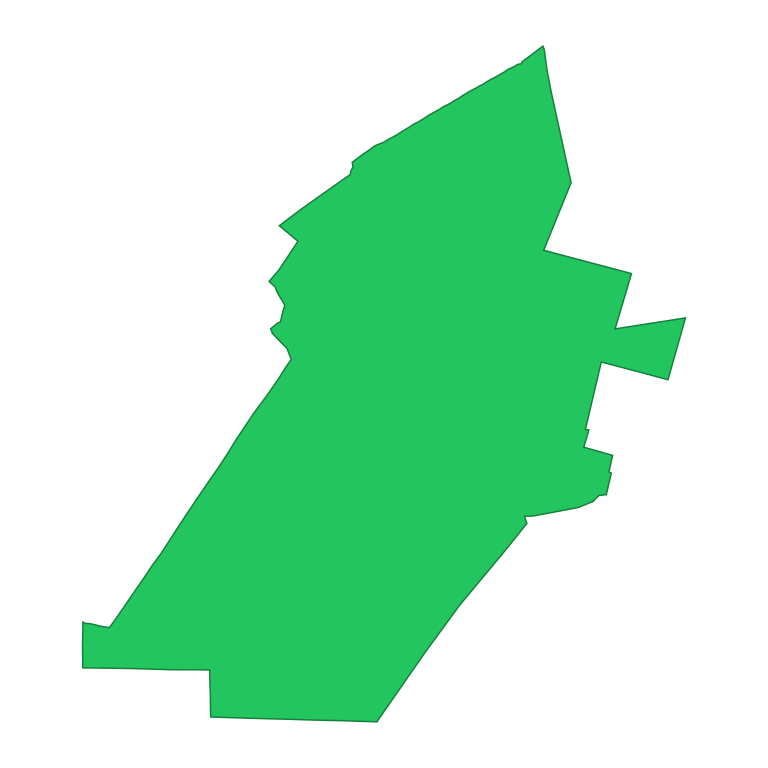 Lipovu, Dolj, Romania
{"feature_id": "2599482B19969381066239", "entity_name": "Lipovu", "entity_type": "district", "adm_level": 2, "iso_a3": "ROU", "parent_name": "Romania", "parent_adm1": "Dolj", "projection": "mercator", "projection_center": [23.608, 44.111], "detail": "fine", "context": "isolated", "style": "filled", "palette": "green", "viewbox_px": 768, "rotation_deg": 0, "n_neighbors": 0, "source": "geoboundaries", "source_scale": "gbopen_adm2", "svg_char_len": 2060}
<svg xmlns="http://www.w3.org/2000/svg" viewBox="0 0 768 768"><path d="M376.8,721.9L425.6,651.7L459.8,605.0L506.5,548.9L526.4,524.0L526.9,523.6L524.5,516.2L533.2,516.0L578.1,507.5L593.5,501.3L593.4,500.9L599.1,495.4L606.3,494.7L611.3,473.1L608.9,471.8L612.6,455.4L583.8,447.2L588.9,430.0L585.4,429.4L601.3,362.0L635.3,371.0L668.0,379.7L685.5,317.9L615.1,328.9L631.5,273.6L543.7,250.3L571.1,182.7L551.1,91.5L547.0,69.9L544.2,49.3L542.9,46.1L522.0,61.9L521.8,63.7L520.6,63.8L518.8,64.1L517.1,64.6L514.9,66.2L511.7,67.8L508.8,69.0L503.7,72.3L495.2,77.2L490.6,79.5L486.4,82.0L482.8,84.5L480.1,85.6L477.9,87.0L470.1,91.1L462.6,95.6L457.8,98.9L455.1,100.2L450.1,103.4L445.6,105.7L442.5,107.2L440.0,109.0L433.3,112.7L429.4,114.9L422.9,119.1L417.7,122.2L413.7,124.2L408.0,127.9L402.9,130.9L396.3,135.2L388.5,139.3L383.2,142.5L376.2,145.2L373.7,146.6L368.3,150.7L362.9,154.2L352.2,162.3L352.8,165.8L352.9,167.7L352.1,168.4L351.4,170.2L350.6,171.5L350.7,172.4L350.4,174.4L339.5,182.0L307.9,204.4L302.1,208.5L279.7,225.4L279.3,225.7L282.5,228.4L298.0,241.3L297.4,242.1L278.8,270.1L269.2,281.3L270.3,282.6L274.9,286.6L276.3,290.2L278.4,294.5L283.8,303.4L284.8,305.8L283.3,309.8L282.0,315.3L280.4,321.8L277.1,323.5L270.6,328.8L272.5,333.5L281.5,342.9L286.8,348.1L291.3,359.4L285.7,367.3L278.0,379.6L266.6,395.9L253.2,414.0L245.0,426.4L236.0,439.8L228.3,452.4L218.6,467.3L209.2,480.8L196.0,500.1L180.3,523.7L161.3,553.1L154.6,562.3L152.1,565.6L144.7,576.8L139.0,585.0L124.5,606.2L120.4,612.1L117.7,616.1L109.4,627.6L106.5,627.2L99.6,626.0L93.0,624.3L90.3,623.7L87.6,623.5L86.2,623.6L85.4,623.3L84.2,622.7L82.9,622.1L82.9,627.5L82.5,645.5L82.6,651.9L82.7,660.4L82.7,662.8L82.7,665.2L82.8,666.4L82.8,667.9L86.0,667.9L96.4,668.0L121.8,668.4L134.3,668.6L169.6,669.7L179.5,669.8L198.9,669.8L209.8,670.0L209.7,671.2L209.8,674.1L209.9,682.7L210.3,693.5L210.4,696.4L210.4,701.4L210.5,711.1L210.6,713.5L210.7,717.0L251.4,718.3L269.6,718.8L286.4,719.2L311.8,720.0L333.5,720.5L344.3,720.7L359.1,721.3L367.5,721.5L376.8,721.9Z" fill="#22c55e" stroke="#15803d" stroke-width="1.5"/></svg>